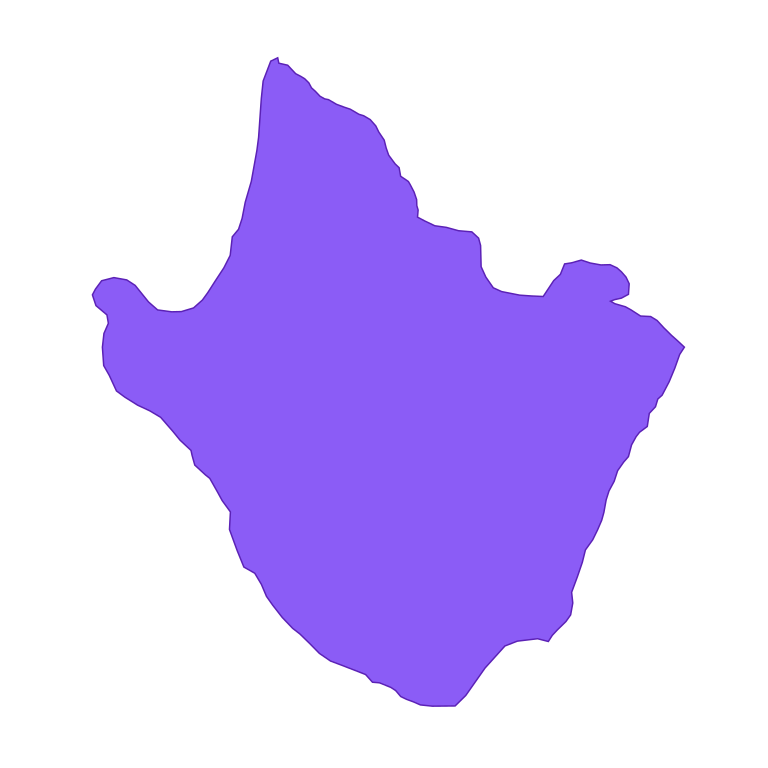 the district of Ismailli District, İsmayıllı, Azerbaijan, rotated 94°
{"feature_id": "54616110B45290451128830", "entity_name": "Ismailli District", "entity_type": "district", "adm_level": 2, "iso_a3": "AZE", "parent_name": "Azerbaijan", "parent_adm1": "İsmayıllı", "projection": "equal_earth", "projection_center": [48.125, 40.803], "detail": "fine", "context": "isolated", "style": "filled", "palette": "violet", "viewbox_px": 768, "rotation_deg": 94, "n_neighbors": 0, "source": "geoboundaries", "source_scale": "gbopen_adm2", "svg_char_len": 2408}
<svg xmlns="http://www.w3.org/2000/svg" viewBox="0 0 768 768"><g transform="rotate(94 384 384)"><path d="M326.3,86.9L320.7,93.8L315.5,100.5L308.3,108.9L301.6,116.0L298.1,122.7L298.3,132.8L292.8,142.8L290.1,148.6L287.8,159.3L285.6,163.8L283.7,159.7L281.8,153.2L277.5,146.4L266.9,146.4L260.5,150.0L255.6,154.9L251.9,159.7L249.2,166.8L250.1,175.9L248.9,186.8L246.6,195.8L250.1,205.6L251.6,212.2L262.3,215.7L269.0,221.9L285.6,231.3L285.9,242.9L285.9,254.8L283.6,273.1L280.4,281.7L270.2,289.9L260.2,295.3L239.1,297.3L231.9,299.8L226.1,307.0L225.9,320.3L223.4,332.7L222.6,344.4L218.4,355.0L215.2,362.2L208.1,362.1L203.8,363.7L197.8,364.3L190.4,367.4L183.4,371.7L180.3,373.8L175.6,381.9L167.2,384.0L163.6,388.3L155.4,395.3L148.4,398.3L140.7,400.8L133.0,406.8L127.1,410.2L121.2,416.2L117.8,423.0L116.7,427.8L112.2,436.9L110.6,443.1L108.3,450.9L104.2,459.2L103.7,463.1L101.4,467.9L97.0,472.7L93.6,477.0L88.8,480.0L85.1,484.3L82.9,488.5L80.6,493.8L75.4,499.4L72.7,502.3L71.3,511.3L66.0,512.8L69.8,519.5L90.2,525.7L107.8,526.3L127.3,526.3L146.6,526.3L159.9,527.1L191.1,530.5L212.3,535.1L228.7,537.1L239.8,539.9L247.7,545.6L266.4,546.4L279.2,551.8L293.3,559.7L305.2,566.2L312.9,571.0L321.4,579.3L325.9,591.2L326.8,600.8L325.9,615.0L318.6,624.6L310.0,632.6L303.0,639.1L298.1,647.9L296.7,660.9L300.7,672.9L309.5,678.5L315.4,681.1L319.1,679.6L325.9,676.8L334.4,665.2L342.7,663.2L353.1,666.9L365.3,667.4L366.8,667.5L385.2,664.9L394.5,658.7L409.6,650.4L415.2,641.6L422.3,628.3L427.1,615.8L432.8,604.5L446.1,591.2L454.3,583.5L463.7,571.9L468.5,570.5L478.1,567.1L487.2,555.7L490.3,551.2L503.9,542.2L511.6,537.3L522.3,528.3L539.9,528.0L560.3,518.9L576.4,511.0L581.8,499.7L592.5,492.3L604.1,486.4L612.4,479.6L624.0,469.2L634.1,458.1L639.2,450.5L648.0,440.1L657.3,429.6L664.1,418.0L667.7,405.9L675.1,382.1L682.3,374.7L682.4,367.7L686.2,356.0L689.0,351.0L694.6,345.5L697.0,339.5L699.0,332.6L701.6,325.3L702.0,313.2L700.2,290.6L689.0,280.7L660.3,263.4L636.9,245.1L631.2,233.0L627.4,213.0L629.4,202.1L623.0,198.6L617.2,193.9L608.2,185.9L601.3,181.7L589.3,180.4L578.7,182.3L562.3,177.5L548.0,173.7L535.5,171.5L524.8,164.9L514.7,160.8L504.7,157.3L496.8,155.7L484.1,154.3L475.0,152.1L465.0,147.6L454.2,144.9L445.1,139.4L439.4,135.1L427.5,132.8L418.9,128.8L414.3,125.7L408.0,118.4L394.8,117.3L387.8,111.6L379.9,109.8L375.8,105.8L361.9,99.7L347.9,95.0L333.9,91.1L326.3,86.9Z" fill="#8b5cf6" stroke="#5b21b6" stroke-width="1.5"/></g></svg>